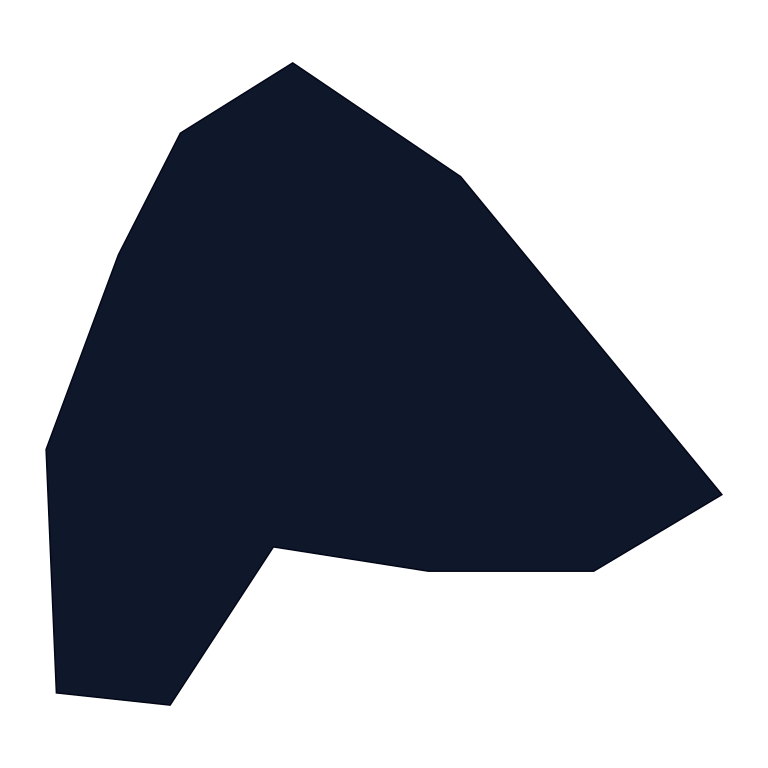 outline of Saint Mary Cayon
{"feature_id": "KNA-5106", "entity_name": "Saint Mary Cayon", "entity_type": "Parish", "adm_level": 1, "iso_a3": "KNA", "parent_name": "Saint Kitts and Nevis", "parent_adm1": "", "projection": "natural_earth1", "projection_center": [-62.73, 17.347], "detail": "fine", "context": "isolated", "style": "filled", "palette": "ink", "viewbox_px": 768, "rotation_deg": 0, "n_neighbors": 0, "source": "natural_earth", "source_scale": "10m", "svg_char_len": 272}
<svg xmlns="http://www.w3.org/2000/svg" viewBox="0 0 768 768"><path d="M292.7,62.9L460.7,176.7L721.9,494.6L593.7,571.2L428.4,571.2L273.4,546.9L170.1,705.1L56.4,692.9L46.1,449.5L118.4,254.8L180.4,133.1L292.7,62.9Z" fill="#0f172a" stroke="#020617" stroke-width="1.5"/></svg>